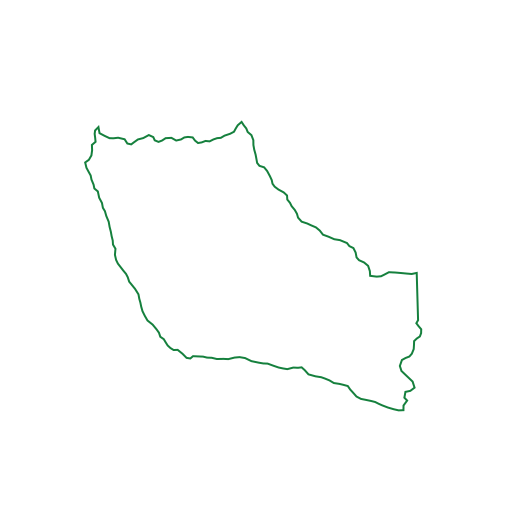 outline of Nova Lima, Minas Gerais, Brazil, rotated 291°
{"feature_id": "56859067B74698489529361", "entity_name": "Nova Lima", "entity_type": "district", "adm_level": 2, "iso_a3": "BRA", "parent_name": "Brazil", "parent_adm1": "Minas Gerais", "projection": "natural_earth1", "projection_center": [-43.899, -20.076], "detail": "fine", "context": "isolated", "style": "outline", "palette": "green", "viewbox_px": 512, "rotation_deg": 291, "n_neighbors": 0, "source": "geoboundaries", "source_scale": "gbopen_adm2", "svg_char_len": 2753}
<svg xmlns="http://www.w3.org/2000/svg" viewBox="0 0 512 512"><g transform="rotate(291 256 256)"><path d="M136.8,231.4L139.9,233.1L141.8,238.8L143.1,242.7L143.6,246.7L145.1,251.1L145.8,256.4L148.3,262.5L149.8,267.1L153.5,272.4L155.7,276.9L156.8,282.4L156.2,289.4L157.4,296.8L158.3,301.3L159.7,305.4L159.8,311.6L160.0,317.1L160.7,321.5L161.6,325.8L165.2,330.8L166.7,335.3L168.4,338.5L166.9,342.4L164.3,347.4L165.0,354.7L166.2,360.3L166.3,364.2L166.2,369.1L165.3,374.2L166.5,379.7L167.0,383.5L167.5,388.3L165.1,391.8L163.5,395.0L160.8,400.2L160.2,405.2L161.0,409.8L161.9,415.4L162.4,419.6L162.0,423.5L161.8,427.3L161.8,433.4L162.3,439.5L163.0,444.5L164.9,448.9L169.3,447.3L175.2,448.9L176.9,445.3L182.7,444.2L185.4,448.4L189.9,451.2L194.9,447.2L198.3,439.0L200.8,433.0L204.9,429.7L211.2,429.5L214.4,432.2L217.1,435.2L220.6,436.5L225.6,436.6L230.1,435.2L233.2,434.1L236.6,435.7L239.6,437.8L243.1,437.8L246.8,436.5L248.7,433.0L250.7,429.8L254.2,430.3L297.8,412.1L295.0,407.8L293.5,402.6L292.2,397.9L290.5,392.0L288.5,385.9L284.5,382.4L281.9,380.0L280.0,376.1L278.4,369.7L282.7,367.7L287.0,364.2L288.7,359.2L289.0,353.7L290.7,350.4L294.9,347.8L298.3,344.1L298.7,339.6L300.7,336.3L300.9,328.7L299.7,323.0L300.0,316.9L299.9,310.9L302.6,306.4L304.2,301.7L304.4,296.3L304.7,292.2L304.4,286.3L306.9,281.5L310.1,279.1L312.9,275.7L315.3,271.4L317.8,268.7L319.9,265.0L323.6,263.3L325.3,259.1L326.1,253.1L327.4,248.6L329.4,245.5L332.5,243.5L335.5,240.4L339.3,236.0L341.7,231.8L341.4,226.9L343.3,223.7L347.1,221.4L350.5,219.3L354.7,216.2L358.7,213.8L363.2,212.0L367.2,208.4L368.8,203.8L371.6,201.2L373.6,197.8L376.0,194.5L371.5,192.1L367.8,191.4L364.1,190.9L360.8,188.0L357.1,183.5L353.7,180.8L352.1,177.5L349.6,174.5L346.4,171.6L345.3,167.6L342.6,164.6L340.7,161.4L341.9,157.7L344.0,154.4L342.8,149.8L341.0,146.6L337.9,144.2L335.2,140.1L336.0,134.7L333.6,129.4L330.1,126.9L327.6,124.1L327.7,120.0L330.2,117.5L330.5,112.6L325.7,108.5L322.5,104.0L318.4,101.3L315.5,99.5L314.9,95.6L317.9,91.5L317.0,84.9L314.9,80.9L313.5,77.1L313.9,71.7L314.6,65.9L319.9,62.7L315.5,60.8L312.2,61.6L308.7,63.5L305.1,65.3L300.9,63.0L296.0,65.1L290.9,66.3L285.9,65.5L282.1,63.0L277.6,66.1L274.6,69.6L271.9,72.8L268.4,75.0L264.4,78.8L261.1,80.9L259.6,85.2L254.2,88.7L250.3,93.2L246.1,95.8L243.7,98.9L239.7,101.9L235.2,106.2L230.7,108.9L226.6,111.8L222.8,114.1L219.1,116.7L215.4,118.4L212.4,122.2L206.5,123.9L202.2,126.8L199.4,129.8L194.9,137.2L192.7,141.1L190.2,143.9L186.6,146.8L182.0,154.8L178.1,160.0L174.2,162.4L171.0,164.8L167.7,166.9L163.8,169.8L160.3,173.6L156.9,177.8L154.9,184.1L151.9,189.4L149.6,192.9L146.3,195.6L145.3,199.7L143.1,202.5L140.8,205.6L139.4,209.1L138.7,212.8L140.3,216.5L138.4,222.4L136.0,227.7L136.8,231.4Z" fill="none" stroke="#15803d" stroke-width="2"/></g></svg>